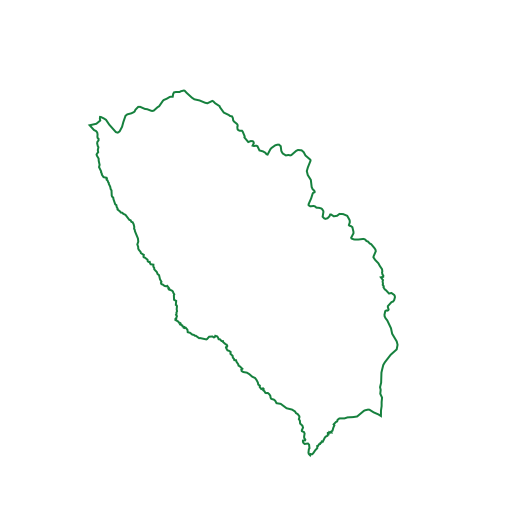 outline of Alto Parnaíba, Maranhão, Brazil, rotated 146°
{"feature_id": "56859067B51546215528696", "entity_name": "Alto Parnaíba", "entity_type": "district", "adm_level": 2, "iso_a3": "BRA", "parent_name": "Brazil", "parent_adm1": "Maranhão", "projection": "natural_earth1", "projection_center": [-46.179, -9.51], "detail": "fine", "context": "isolated", "style": "outline", "palette": "green", "viewbox_px": 512, "rotation_deg": 146, "n_neighbors": 0, "source": "geoboundaries", "source_scale": "gbopen_adm2", "svg_char_len": 6081}
<svg xmlns="http://www.w3.org/2000/svg" viewBox="0 0 512 512"><g transform="rotate(146 256 256)"><path d="M198.5,361.5L197.5,366.5L197.6,367.7L199.5,369.0L200.3,370.3L200.4,371.4L199.3,373.5L198.5,374.0L197.9,375.3L198.0,376.4L199.0,379.6L199.1,381.1L198.1,383.2L197.8,385.1L199.3,386.7L199.7,388.1L202.5,392.9L202.7,399.4L202.4,400.6L204.5,405.6L204.9,408.0L205.5,409.0L210.9,409.8L212.5,411.5L215.8,416.5L219.5,420.4L220.6,423.1L222.3,430.1L222.7,432.8L223.2,433.5L226.2,434.6L227.7,434.7L230.8,436.8L232.5,437.5L234.0,436.7L236.0,434.6L237.6,435.7L238.6,436.1L242.1,436.3L245.1,436.9L246.2,436.8L252.6,434.3L254.4,434.4L259.5,433.7L260.8,434.2L261.6,434.9L264.1,438.5L265.9,440.1L268.6,444.4L270.3,445.5L274.1,444.7L275.8,443.7L276.9,443.6L279.6,444.0L283.5,445.4L285.8,445.2L291.1,441.2L294.8,438.0L299.3,435.6L301.1,435.5L301.8,435.7L302.9,437.1L304.2,446.9L304.2,452.8L305.3,455.3L306.9,458.0L307.5,458.5L308.7,457.1L309.4,455.4L314.4,454.9L320.8,457.4L319.9,451.1L318.7,448.9L318.6,447.2L319.3,445.5L320.9,443.4L321.3,442.3L321.0,441.2L321.9,439.9L323.7,439.3L324.7,438.2L325.7,435.6L325.8,434.3L327.9,432.3L328.8,430.3L330.5,429.8L331.5,429.2L331.8,428.1L332.0,424.8L333.2,422.8L334.7,419.0L336.4,417.5L337.1,412.7L337.7,411.9L337.7,410.7L338.3,409.6L338.3,406.6L336.1,404.4L336.2,403.7L336.9,403.4L337.2,402.6L336.8,401.7L337.3,399.8L337.2,398.9L337.7,398.1L338.1,395.1L339.1,392.6L339.1,391.2L341.8,386.8L342.1,385.7L341.7,384.3L342.4,382.8L343.8,377.6L343.3,376.3L344.1,374.5L344.2,372.7L344.8,372.0L343.8,368.9L343.8,367.7L342.6,366.5L342.5,365.3L341.2,363.1L340.8,356.7L340.0,355.8L340.2,353.9L339.4,353.0L339.7,350.7L340.7,348.1L341.8,346.8L341.9,345.5L342.5,344.2L344.1,336.5L345.6,333.7L347.9,332.0L348.6,329.4L349.4,328.2L349.7,326.9L349.4,324.0L349.8,322.8L348.4,319.6L349.4,318.8L349.8,317.8L349.0,316.7L348.0,313.6L348.7,312.2L348.4,311.2L347.4,310.6L347.8,309.5L348.0,308.1L345.9,306.2L347.1,304.5L347.0,303.2L347.8,301.8L347.2,298.1L347.7,296.1L347.1,294.3L348.6,290.4L348.8,287.5L349.9,286.8L350.1,285.5L349.3,284.5L348.6,282.4L347.3,281.0L346.3,280.9L346.1,277.8L346.9,277.8L346.9,276.8L345.4,274.9L344.9,273.9L344.8,273.0L345.2,271.3L345.2,269.9L346.1,269.3L348.4,265.5L347.3,263.4L349.8,260.3L349.4,259.3L349.6,258.6L351.6,256.1L352.3,254.4L353.6,253.6L354.3,252.4L355.2,252.0L355.1,250.7L355.5,250.0L356.4,249.6L357.2,248.6L357.9,248.9L358.6,248.1L357.1,245.1L357.2,243.8L356.5,243.2L356.2,242.3L357.2,241.7L355.9,239.7L356.3,238.7L355.3,237.5L356.0,236.9L355.6,236.2L354.4,235.9L354.1,233.2L355.2,231.0L353.6,229.2L352.8,226.5L351.6,225.3L351.3,224.1L350.5,223.5L349.1,219.7L348.1,219.1L343.8,214.6L343.1,214.5L340.0,215.3L337.2,213.7L336.4,212.0L335.4,211.9L334.4,212.6L333.1,211.0L333.1,209.6L333.5,207.9L332.5,207.1L332.1,204.7L331.0,203.9L331.4,203.1L330.5,199.7L329.9,198.9L330.1,197.5L330.7,197.0L331.5,197.3L332.1,196.9L332.4,194.7L332.4,193.7L331.4,192.5L330.7,190.6L331.9,189.2L331.2,186.3L332.0,184.8L331.8,182.9L332.2,181.8L330.8,180.7L331.3,179.4L331.3,176.0L331.8,174.9L331.1,173.5L330.4,170.1L331.7,170.0L332.2,168.6L331.4,166.9L328.8,164.4L327.6,161.8L326.6,158.0L325.0,155.4L324.9,153.1L325.2,150.1L326.0,148.1L325.3,146.4L326.2,145.3L326.0,142.7L324.2,142.4L324.0,141.4L325.1,140.6L324.6,139.1L324.8,137.5L324.4,136.8L322.8,135.8L322.3,134.0L322.3,132.1L323.0,130.7L323.3,129.4L322.9,128.6L321.5,127.0L321.0,125.2L321.3,122.5L318.2,119.6L315.8,112.7L312.0,108.5L310.6,105.3L310.7,103.4L309.8,101.5L309.7,98.8L310.3,97.9L311.7,96.8L311.7,95.0L313.1,92.4L312.4,89.4L313.0,87.4L315.5,85.9L315.9,85.1L314.7,83.2L315.0,81.6L317.0,79.5L317.8,78.2L317.8,76.2L318.4,75.7L320.3,76.7L321.0,75.7L321.2,74.6L320.8,73.0L317.8,71.5L317.5,69.9L319.2,66.7L320.2,66.3L322.5,63.6L322.9,62.4L322.6,60.5L321.5,61.3L320.6,60.3L319.1,60.4L315.3,61.9L312.7,62.4L311.5,64.2L310.9,63.8L309.1,64.7L308.0,64.3L307.1,65.0L306.2,64.7L305.2,65.5L304.5,64.7L300.6,66.9L299.3,67.3L297.3,67.0L296.5,67.6L295.9,67.5L295.9,68.4L295.4,69.1L294.6,68.5L293.8,69.1L293.3,68.1L292.7,68.3L292.1,67.5L291.7,68.4L290.3,68.4L287.8,70.5L285.7,71.8L285.8,73.0L282.5,73.7L281.2,73.5L279.9,74.6L277.7,74.7L273.5,71.9L270.3,71.0L265.7,68.2L261.9,66.4L253.1,67.3L251.9,67.1L249.0,66.0L247.9,65.1L245.9,60.6L243.1,56.2L241.9,53.5L238.8,58.0L235.8,61.3L233.5,64.7L230.7,68.1L230.0,72.3L227.5,75.3L226.5,77.9L223.1,81.0L217.2,89.2L215.3,91.0L211.4,94.5L208.7,95.8L199.6,98.8L191.6,99.9L188.3,103.2L187.1,106.5L186.6,115.4L184.5,120.6L183.2,129.2L183.4,131.9L183.1,134.1L182.3,135.5L179.7,138.0L178.4,138.0L177.6,137.2L176.7,137.1L176.0,137.5L175.3,139.9L174.7,140.7L169.5,142.0L167.8,141.6L166.1,142.2L163.8,144.2L163.3,145.4L163.2,146.4L164.4,149.6L166.7,150.5L167.4,155.0L167.9,156.3L167.8,158.8L167.0,159.5L167.1,161.2L166.3,161.9L165.2,164.2L164.2,165.0L164.4,168.5L162.2,167.6L161.4,168.6L161.5,169.9L160.7,171.9L159.8,172.7L158.9,174.6L158.9,178.7L158.6,181.5L159.4,186.0L159.4,189.2L158.8,189.9L154.0,193.0L153.4,194.6L153.4,196.5L153.9,201.4L154.7,202.7L155.1,205.4L156.1,206.7L156.1,207.7L156.5,209.0L157.4,210.1L162.1,212.5L165.4,214.8L167.0,217.0L166.9,217.9L162.5,220.3L161.7,221.5L160.0,226.0L160.5,227.5L161.6,228.9L161.7,229.7L159.5,231.4L158.7,232.6L158.3,233.7L157.9,238.3L160.4,242.1L163.3,244.2L166.3,244.0L169.3,245.4L170.6,248.5L171.3,248.9L173.0,247.8L175.6,247.3L177.7,248.0L178.4,249.0L178.8,251.3L175.4,254.9L175.0,255.9L175.0,258.1L175.3,258.9L176.7,260.6L178.9,262.3L179.3,264.0L180.3,265.3L183.2,266.8L184.0,268.6L183.5,269.5L178.1,272.9L174.2,276.0L173.3,276.4L171.8,276.1L171.3,276.7L171.2,277.7L171.7,279.6L171.3,282.0L168.0,288.4L167.8,294.2L166.4,298.0L163.4,300.5L157.5,304.5L157.1,305.4L158.8,311.7L158.4,315.4L159.1,318.1L161.9,320.4L163.9,320.7L170.3,319.9L171.4,320.3L172.6,321.6L175.0,322.7L176.5,326.0L176.4,328.1L176.2,329.1L174.1,333.2L174.7,335.5L176.0,336.3L178.1,337.0L182.7,336.9L184.3,336.5L189.7,333.6L190.4,334.5L190.5,336.3L191.7,338.8L194.1,341.6L193.4,346.2L194.2,347.4L196.2,348.3L197.1,349.4L194.7,350.8L194.3,352.0L194.5,353.0L196.0,354.2L198.7,354.8L199.3,360.8L198.5,361.5Z" fill="none" stroke="#15803d" stroke-width="2"/></g></svg>